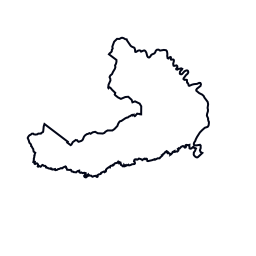 outline of Costa Marques, Rondônia, Brazil, rotated 217°
{"feature_id": "56859067B33157689902000", "entity_name": "Costa Marques", "entity_type": "district", "adm_level": 2, "iso_a3": "BRA", "parent_name": "Brazil", "parent_adm1": "Rondônia", "projection": "equal_earth", "projection_center": [-64.068, -12.086], "detail": "fine", "context": "isolated", "style": "outline", "palette": "ink", "viewbox_px": 256, "rotation_deg": 217, "n_neighbors": 0, "source": "geoboundaries", "source_scale": "gbopen_adm2", "svg_char_len": 5853}
<svg xmlns="http://www.w3.org/2000/svg" viewBox="0 0 256 256"><g transform="rotate(217 128 128)"><path d="M183.2,44.0L182.0,44.9L181.7,44.3L181.6,43.5L181.0,43.2L180.5,43.3L179.8,44.7L179.4,45.0L178.0,44.8L177.5,44.4L177.0,43.0L176.5,43.0L176.1,44.2L174.6,44.4L174.3,45.0L174.3,46.2L174.1,47.0L173.5,47.2L172.5,47.1L171.4,47.9L170.7,47.7L170.2,47.8L170.0,47.3L169.6,47.1L168.0,47.9L167.4,47.8L166.1,48.4L165.6,49.2L165.0,49.5L164.6,48.9L164.0,49.1L163.7,49.5L163.1,49.5L161.6,51.3L160.8,50.6L160.4,50.8L159.3,52.2L159.1,53.1L158.2,54.0L157.6,55.3L157.2,55.8L156.6,55.9L156.2,56.3L156.0,57.6L154.8,59.7L154.2,59.7L153.2,58.8L152.8,58.9L151.5,58.0L149.2,59.5L148.7,60.1L148.2,60.2L146.9,59.4L145.5,60.1L145.0,60.0L142.7,61.4L142.4,63.1L141.3,64.6L140.8,64.1L140.7,63.6L140.3,63.4L139.1,63.5L138.4,64.5L137.3,64.5L135.9,66.0L134.9,66.4L134.8,65.9L134.3,65.9L134.2,63.3L133.5,62.9L133.0,62.8L131.9,63.2L131.6,64.1L132.1,64.5L132.4,64.3L132.5,65.0L132.0,66.5L131.7,66.0L131.1,65.7L130.6,66.4L130.6,67.0L129.7,67.1L128.6,67.8L127.8,67.6L126.9,67.8L126.4,68.9L125.0,70.4L123.8,70.1L123.2,70.3L123.0,71.0L123.9,71.9L123.5,73.2L122.2,74.8L122.2,75.7L122.5,76.1L121.0,78.8L120.5,79.4L120.0,78.9L119.6,79.7L119.7,80.5L120.5,81.5L120.4,82.8L119.7,85.2L118.7,85.7L119.2,86.5L119.1,87.3L117.5,88.8L117.3,89.6L117.8,89.7L117.2,91.1L117.2,91.9L116.3,93.1L115.8,93.3L115.6,93.9L115.6,94.8L115.2,94.5L114.9,95.0L114.4,94.7L114.4,95.6L113.9,95.7L113.6,95.1L113.1,95.8L112.8,95.6L112.8,94.8L112.3,94.7L111.9,94.8L111.4,94.3L110.6,94.6L109.3,94.2L108.8,94.4L108.4,95.0L108.9,96.1L108.2,95.9L107.6,96.8L107.2,96.1L105.6,98.9L105.1,98.6L104.2,99.2L103.3,100.6L103.1,101.3L101.2,103.1L101.1,103.8L102.0,104.8L103.1,104.9L103.4,105.5L103.3,106.1L103.7,106.6L103.4,107.3L102.3,108.1L101.7,108.1L101.1,109.1L101.0,110.0L100.6,110.3L97.9,111.2L97.3,111.0L96.5,113.3L95.8,113.2L95.3,113.6L95.2,114.4L94.4,114.7L92.7,113.3L92.1,113.6L89.4,116.8L88.1,118.9L87.8,118.6L87.3,119.0L86.0,121.7L84.8,122.5L84.5,122.9L84.6,123.6L84.0,126.6L84.5,126.8L84.2,127.3L84.2,128.7L83.7,129.5L83.8,131.0L83.2,132.8L82.7,132.8L82.8,132.0L81.9,131.9L81.2,131.8L81.0,132.7L79.3,132.4L78.3,133.1L78.0,132.3L77.8,132.8L77.6,134.7L77.9,135.7L77.1,137.4L76.7,136.7L76.2,137.1L75.3,138.4L74.4,138.9L74.2,140.3L74.5,140.8L75.6,141.3L75.4,142.0L75.0,141.7L74.4,142.7L74.2,145.0L73.3,146.6L72.9,146.8L70.7,146.6L70.3,147.2L70.4,147.9L71.1,147.8L71.5,148.4L71.6,149.0L71.3,149.6L69.5,150.6L68.8,151.5L67.9,150.1L67.4,149.9L67.0,149.2L66.6,148.8L66.0,148.9L65.4,149.3L65.0,150.0L64.6,152.1L64.2,152.3L63.2,151.9L61.8,152.6L61.3,152.5L61.3,151.7L60.7,150.2L60.7,148.1L59.5,146.3L58.8,145.9L57.3,145.6L55.9,145.7L55.1,146.1L54.7,146.7L54.4,148.2L53.6,152.8L55.5,152.5L57.2,153.5L57.9,155.7L59.4,157.7L60.4,157.9L63.2,155.0L64.7,154.2L65.2,154.2L66.0,155.1L66.4,156.3L66.5,158.2L67.0,159.6L67.5,162.4L67.9,167.7L67.5,170.9L66.8,174.4L65.1,176.8L65.1,177.9L65.3,178.8L66.4,180.7L67.1,181.6L67.7,181.8L69.2,183.0L69.8,183.9L72.4,185.3L73.3,186.8L74.3,189.6L75.3,190.9L76.5,191.9L78.3,195.2L80.1,196.8L85.3,198.3L86.8,199.1L88.9,199.3L92.1,198.7L95.8,198.9L96.4,199.4L96.6,200.8L95.4,205.2L96.1,206.9L97.3,207.5L98.3,206.9L99.4,204.8L101.7,202.7L102.9,201.2L104.4,198.6L105.0,198.4L106.9,199.8L108.1,199.8L109.9,201.8L110.9,201.4L111.6,200.6L112.1,200.4L113.2,200.5L113.5,201.2L113.5,205.2L113.1,207.0L113.2,208.3L113.5,208.9L114.3,209.6L115.0,209.7L115.6,209.5L116.3,208.7L117.0,207.3L117.3,203.7L117.8,202.9L118.7,202.5L119.3,202.6L120.3,204.1L120.4,204.9L120.1,207.1L120.3,207.9L121.5,207.6L122.1,206.7L123.2,205.6L123.7,204.3L124.7,203.9L125.1,204.1L125.1,206.1L125.5,206.7L126.0,207.1L126.9,207.2L128.6,205.3L129.2,205.2L130.6,206.5L131.6,209.0L132.2,209.8L132.7,210.0L133.2,209.9L134.7,208.5L135.1,208.6L136.3,210.3L136.9,210.2L137.3,209.4L137.6,207.8L138.4,207.6L140.1,209.2L141.1,210.8L142.5,212.2L143.3,212.8L144.5,213.0L146.4,211.9L149.0,209.1L150.7,209.0L151.9,208.0L152.2,207.0L152.2,206.1L151.8,204.8L151.8,203.5L153.2,201.0L153.4,200.2L153.2,198.4L153.5,197.1L154.1,196.7L154.7,196.6L155.9,197.0L158.7,199.2L160.4,199.9L161.4,199.9L162.2,199.2L163.5,196.9L164.5,197.3L165.7,196.8L166.5,195.8L167.3,193.7L167.9,193.2L168.4,193.5L169.6,194.9L171.2,195.9L174.3,195.2L175.5,195.3L181.4,197.3L182.4,198.0L183.6,197.3L185.6,197.1L187.1,196.5L187.8,195.5L188.4,194.0L190.4,192.6L191.0,188.6L189.6,184.0L189.4,183.4L188.1,182.3L187.9,180.6L187.2,179.7L187.1,178.6L187.6,176.5L187.6,175.4L178.2,175.4L177.1,174.0L176.3,172.2L176.0,170.2L174.7,169.0L174.1,167.3L173.7,163.5L173.2,161.5L173.7,159.3L173.5,158.0L173.2,157.4L171.8,156.7L170.6,155.3L169.6,150.9L168.1,148.3L167.6,148.1L167.6,149.3L166.2,149.5L163.6,148.9L159.3,148.4L158.8,146.8L157.9,146.5L154.5,146.4L151.2,147.0L148.8,151.1L146.6,153.1L142.1,152.7L139.9,151.2L138.4,153.5L133.4,154.5L130.5,153.3L125.7,146.8L126.6,146.2L127.0,146.4L128.8,145.1L129.3,145.0L129.5,143.4L129.5,142.2L129.7,141.6L131.0,141.8L131.4,141.3L131.6,141.8L131.9,141.4L132.4,141.2L132.8,140.6L133.5,138.7L134.1,137.8L134.5,136.2L135.3,135.5L135.6,134.8L135.9,134.4L137.6,129.5L138.4,128.7L138.6,127.4L138.4,125.5L137.7,123.2L138.2,119.0L139.0,116.6L142.8,113.8L143.8,111.4L143.9,109.9L144.8,108.4L149.0,105.6L151.9,105.2L153.6,103.3L154.4,100.9L155.7,100.7L156.6,98.9L157.1,98.5L157.8,96.5L157.9,95.7L157.9,94.5L157.1,91.4L157.4,89.8L159.1,87.3L159.7,87.2L161.3,87.6L161.7,87.2L162.5,87.0L163.6,83.5L163.2,80.7L163.5,79.8L167.8,79.8L167.8,80.8L197.1,80.9L196.3,78.6L193.7,74.3L193.5,73.5L194.2,72.0L194.2,71.1L196.3,69.5L196.6,68.4L197.9,67.1L199.4,66.3L200.4,66.4L201.4,65.5L201.7,63.9L202.2,63.2L202.4,62.2L202.3,60.2L202.0,59.6L199.7,58.3L197.9,56.9L196.0,56.6L195.0,56.0L194.4,55.2L193.8,55.3L191.7,54.3L191.1,54.2L189.2,52.4L187.1,52.4L186.7,50.8L186.2,50.2L186.2,49.5L185.5,48.7L184.6,46.5L184.0,46.0L183.2,44.0Z" fill="none" stroke="#020617" stroke-width="2"/></g></svg>